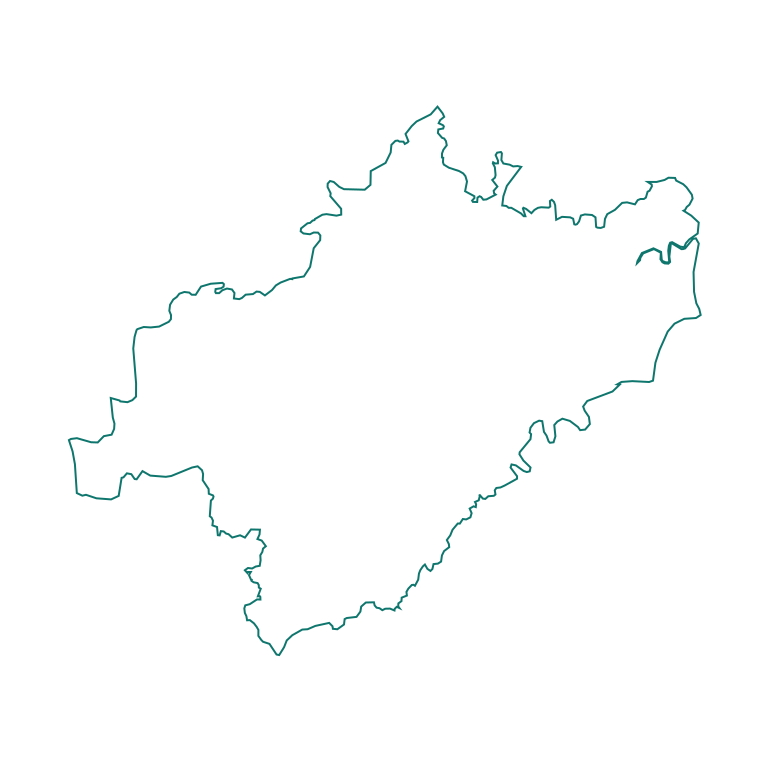 outline of Myaungmya, Ayeyarwady, Myanmar, rotated 187°
{"feature_id": "60261553B8294566306540", "entity_name": "Myaungmya", "entity_type": "district", "adm_level": 2, "iso_a3": "MMR", "parent_name": "Myanmar", "parent_adm1": "Ayeyarwady", "projection": "orthographic", "projection_center": [95.051, 16.62], "detail": "fine", "context": "isolated", "style": "outline", "palette": "teal", "viewbox_px": 768, "rotation_deg": 187, "n_neighbors": 0, "source": "geoboundaries", "source_scale": "gbopen_adm2", "svg_char_len": 6152}
<svg xmlns="http://www.w3.org/2000/svg" viewBox="0 0 768 768"><g transform="rotate(187 384 384)"><path d="M402.3,626.7L405.8,622.3L405.6,614.6L409.4,603.6L423.1,593.7L421.7,580.0L426.8,574.5L447.5,572.5L452.4,574.2L458.5,578.4L462.3,578.9L464.3,576.0L464.0,572.6L460.2,566.8L460.2,563.9L447.9,552.7L447.1,546.9L451.7,545.3L461.8,545.6L465.8,544.5L472.7,539.3L473.0,538.2L474.8,537.5L477.0,534.9L479.5,534.2L485.3,528.3L485.3,525.4L482.3,523.6L475.8,523.6L472.2,525.8L467.9,526.2L465.3,523.7L464.9,519.0L470.3,510.2L471.6,491.2L476.6,481.0L487.8,477.6L487.8,476.9L490.0,476.9L499.0,472.1L503.3,468.7L506.6,463.6L513.0,457.4L518.5,460.3L521.8,460.2L525.0,457.3L532.2,455.8L535.5,452.1L538.0,450.6L543.4,450.6L543.5,456.1L546.4,459.3L551.5,459.6L555.8,457.4L558.7,454.1L561.9,453.7L562.7,454.8L562.7,457.7L557.3,459.2L555.1,461.1L555.1,463.6L556.6,464.7L568.2,462.4L577.5,458.4L581.8,449.6L585.8,449.2L588.4,451.0L593.4,451.0L598.1,448.7L600.3,445.1L603.5,442.1L606.0,436.6L606.0,430.5L603.8,426.5L603.4,422.4L605.2,419.5L614.2,413.6L622.5,411.7L629.4,411.3L635.5,408.4L636.2,407.3L637.3,400.3L637.2,388.7L630.1,354.2L628.6,341.3L631.8,337.3L636.4,334.7L643.7,334.6L644.4,335.4L653.5,336.8L649.1,317.7L646.7,311.8L646.4,306.5L648.2,300.5L655.7,298.1L661.0,291.1L667.6,290.5L682.2,292.8L688.0,291.3L689.9,289.9L684.9,279.2L681.0,266.7L675.6,238.3L669.8,236.4L666.3,237.7L655.5,235.5L640.8,236.2L633.7,240.6L633.0,258.9L631.2,259.6L628.3,264.0L623.8,263.7L619.9,259.3L617.9,259.3L613.1,268.1L604.8,264.6L589.2,265.3L583.9,266.8L564.4,277.7L558.9,279.6L554.1,276.2L552.6,272.6L552.2,266.4L545.3,258.4L544.5,253.7L540.2,252.6L539.5,251.6L539.8,249.4L541.6,247.2L540.8,231.5L538.9,230.4L537.1,227.5L537.1,222.8L532.3,221.7L530.5,213.7L528.7,213.7L528.0,218.1L525.1,218.1L522.5,216.3L520.0,216.0L515.9,213.1L508.4,216.3L503.3,214.6L498.3,223.4L489.4,224.3L489.2,219.5L490.7,214.7L486.3,213.7L481.5,208.6L484.0,205.9L484.3,202.5L485.9,198.9L485.0,194.0L485.2,188.4L489.1,187.2L492.4,184.8L496.6,184.8L499.4,182.2L496.5,179.7L496.2,180.8L493.3,181.2L494.7,177.9L492.1,173.5L491.4,173.5L491.4,172.4L489.2,171.3L485.2,171.0L483.8,169.2L483.4,166.7L481.4,165.8L483.3,157.9L481.5,158.3L480.8,157.6L480.4,155.0L483.8,154.7L490.4,149.1L494.7,147.4L495.3,144.3L494.2,139.8L492.3,136.8L491.1,132.8L488.4,133.3L483.9,130.6L480.7,127.3L478.7,124.6L478.0,118.7L474.6,115.0L472.6,113.4L466.0,112.1L457.7,102.4L455.0,102.2L451.1,110.6L449.3,117.6L444.4,123.5L435.2,130.3L429.9,131.3L422.7,135.5L409.3,140.2L405.6,137.3L404.9,134.8L400.4,134.9L394.4,140.4L394.4,145.9L392.4,147.2L382.9,149.5L379.7,155.2L379.5,160.3L375.4,164.9L367.4,166.1L366.3,163.1L364.1,161.1L361.1,160.9L358.1,159.3L355.4,161.1L350.7,161.8L346.0,160.5L346.0,162.1L344.2,164.4L341.4,163.5L342.8,165.0L343.0,168.0L340.2,170.6L340.4,174.1L335.5,176.8L336.4,180.4L334.9,183.9L331.9,187.9L330.2,188.3L328.7,187.5L326.2,194.0L326.2,200.1L325.3,203.6L323.2,207.7L321.4,209.8L318.4,205.8L315.1,204.1L313.4,206.3L312.9,211.3L308.6,212.3L305.7,214.7L305.6,220.9L304.0,225.5L299.4,230.0L300.1,233.0L302.6,236.8L299.8,241.8L298.2,247.7L293.8,254.5L291.7,254.7L289.3,259.6L285.9,259.6L282.0,262.2L281.3,266.5L283.8,270.8L280.2,273.5L277.9,273.0L277.9,275.9L279.3,278.0L275.8,280.1L275.3,284.3L275.9,285.9L271.9,282.3L269.4,282.3L266.8,285.3L261.4,286.4L259.9,287.9L261.1,292.0L259.8,294.5L255.8,295.5L251.9,297.9L240.4,306.2L240.7,308.7L248.2,316.5L247.6,319.7L243.2,319.3L234.8,314.7L231.5,314.0L228.7,315.1L228.4,319.0L236.3,325.0L241.0,330.7L241.0,332.8L231.9,347.1L231.9,352.2L233.6,353.6L233.3,358.4L230.4,363.4L225.6,366.5L222.4,366.4L219.4,356.0L216.4,352.6L213.6,347.1L212.1,345.9L208.6,346.8L207.5,353.0L210.0,364.0L207.3,367.9L202.7,371.3L195.0,370.0L186.3,365.0L183.7,362.1L178.8,363.3L174.8,369.3L176.6,376.3L181.6,382.0L183.6,385.9L180.2,391.9L156.3,404.4L150.0,412.1L152.4,412.1L148.5,415.0L137.9,417.1L121.1,418.3L117.4,420.1L117.2,438.2L114.6,451.6L108.8,470.6L103.0,479.3L93.9,485.3L82.4,487.5L78.1,491.1L80.3,497.0L83.8,502.1L87.5,513.3L90.4,532.9L88.7,561.8L92.2,566.6L95.0,565.7L101.6,555.3L103.5,554.4L105.2,554.1L115.2,558.6L116.4,558.3L116.3,545.2L114.9,540.0L116.4,538.1L120.2,537.9L122.5,538.8L124.8,541.5L125.2,548.0L132.5,550.8L142.7,545.2L144.9,540.6L145.0,538.0L147.6,534.6L147.4,536.8L144.0,545.4L133.1,551.5L125.1,548.9L123.5,541.3L122.5,540.0L119.2,539.1L115.7,539.5L118.1,550.8L118.1,555.9L117.2,559.1L115.3,559.9L106.8,556.5L102.8,556.3L101.4,560.7L98.6,564.7L91.0,571.6L91.3,582.6L99.6,588.6L107.8,592.5L106.4,593.4L105.1,596.6L102.7,599.2L100.3,605.6L101.5,609.4L107.7,616.1L111.4,618.8L118.8,621.5L120.2,624.0L126.8,623.4L130.4,620.7L138.0,617.8L146.9,616.7L142.6,614.6L142.2,612.8L144.0,608.2L145.8,607.0L146.8,600.9L148.6,599.3L152.0,598.9L154.6,597.4L156.8,592.9L164.9,593.9L169.7,592.8L176.0,585.0L183.1,579.8L184.8,574.8L184.7,566.9L187.9,565.3L191.3,565.2L192.6,565.8L194.4,575.2L198.1,577.1L205.3,576.8L209.1,575.2L210.2,569.2L211.9,566.2L213.3,565.5L214.6,565.7L216.4,571.1L219.5,572.1L227.7,571.6L233.1,568.0L235.9,582.3L237.5,585.5L239.9,587.3L241.6,585.8L240.6,580.4L242.0,579.1L249.5,578.6L252.7,577.6L255.9,575.1L258.5,571.5L264.3,575.1L267.1,575.9L267.5,575.1L264.1,567.8L265.8,567.6L268.8,570.0L279.1,574.4L281.8,574.1L284.2,575.6L288.4,575.6L288.4,584.9L286.2,595.6L274.3,616.2L277.9,616.6L282.3,615.7L286.0,617.0L292.4,617.4L294.8,620.6L295.1,627.3L296.2,628.5L299.9,627.4L301.1,624.8L298.1,619.7L297.8,616.9L300.4,616.4L302.7,617.4L302.9,616.3L300.4,612.7L298.7,604.9L299.0,602.4L301.4,599.7L295.5,593.8L298.7,589.1L297.9,586.6L296.2,585.6L304.8,579.7L307.9,579.0L310.4,581.5L312.0,582.0L313.9,580.4L313.7,576.0L318.0,575.6L318.9,576.8L316.9,579.6L317.2,581.4L327.0,585.2L326.3,595.1L328.5,600.2L331.1,602.7L335.4,604.5L346.0,606.6L351.4,609.1L352.5,611.3L352.8,615.8L354.1,615.9L354.5,619.9L353.6,623.8L350.8,628.6L352.1,632.6L354.2,635.0L356.3,635.4L361.1,639.7L361.1,643.3L356.4,644.8L356.0,647.0L357.1,648.1L361.5,649.5L360.4,652.8L356.8,656.5L358.7,659.7L364.7,665.8L370.5,657.3L383.7,648.5L387.9,643.4L393.1,634.8L389.3,627.8L390.1,626.6L392.6,624.8L394.2,626.9L398.2,626.5L400.0,627.3L402.3,626.7Z" fill="none" stroke="#0f766e" stroke-width="2"/></g></svg>